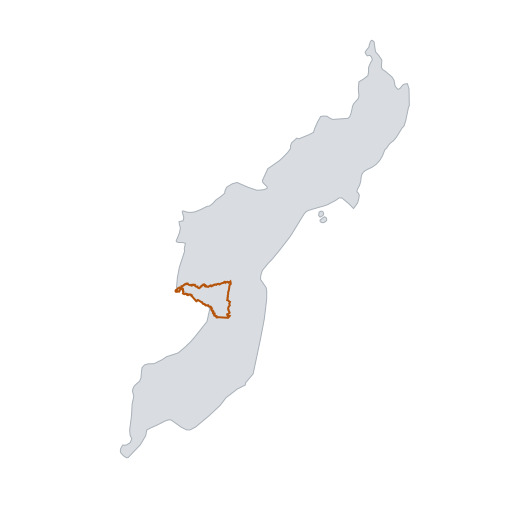 Dedza, Dedza, Malawi (highlighted), rotated 45°
{"feature_id": "42251766B66225457753973", "entity_name": "Dedza", "entity_type": "district", "adm_level": 2, "iso_a3": "MWI", "parent_name": "Malawi", "parent_adm1": "Dedza", "projection": "natural_earth1", "projection_center": [34.006, -14.237], "detail": "fine", "context": "in_parent", "style": "outline", "palette": "amber", "viewbox_px": 512, "rotation_deg": 45, "n_neighbors": 0, "source": "geoboundaries", "source_scale": "gbopen_adm2", "svg_char_len": 8369}
<svg xmlns="http://www.w3.org/2000/svg" viewBox="0 0 512 512"><g transform="rotate(45 256 256)"><path d="M200.0,301.4L197.2,297.0L194.9,298.1L191.7,301.2L190.0,302.1L189.1,302.0L188.6,301.2L187.9,299.2L185.4,293.6L182.6,289.5L179.7,288.0L177.3,286.1L178.4,284.3L179.5,283.0L179.0,281.7L177.7,279.8L172.5,276.9L172.4,275.7L177.0,273.3L179.9,270.4L181.8,267.6L184.3,261.6L186.3,255.5L187.8,253.5L188.3,249.5L188.0,245.0L189.0,239.2L189.5,233.8L187.9,231.7L186.6,228.0L188.2,221.7L190.6,217.4L202.1,212.9L210.1,208.9L211.8,207.1L214.6,203.6L216.1,200.3L215.0,199.2L208.7,199.2L207.1,197.9L202.6,186.0L205.1,172.3L205.3,167.0L205.2,160.4L204.4,155.5L202.4,153.5L201.2,150.9L201.5,143.8L203.4,142.9L207.4,133.5L209.2,128.0L207.0,123.6L204.6,117.3L203.6,113.3L203.0,111.9L204.6,109.5L207.3,107.0L210.4,106.4L213.6,105.3L223.7,93.6L223.8,91.3L222.0,87.4L218.2,81.5L217.4,79.1L216.9,72.0L215.4,69.8L209.8,65.1L205.6,60.0L206.9,54.9L207.6,49.4L205.5,46.3L202.3,43.1L200.4,38.5L199.5,35.0L197.0,33.7L194.7,33.6L193.1,35.8L191.3,35.6L189.1,34.8L188.4,31.8L188.2,28.6L186.7,26.4L185.3,23.4L185.1,21.8L186.0,21.3L187.9,21.0L196.1,27.1L201.0,27.4L206.5,28.5L211.2,33.9L213.7,34.6L216.8,33.9L225.7,33.3L229.3,34.1L233.9,37.3L235.7,37.7L238.5,37.8L239.0,37.0L239.3,35.1L238.8,31.3L239.5,29.3L241.2,27.1L246.1,29.7L258.2,41.4L258.6,42.9L266.3,54.6L268.8,59.6L268.8,62.2L271.2,72.4L271.7,77.1L271.2,80.8L271.3,83.7L272.2,87.8L271.9,89.6L274.6,95.7L275.9,100.8L276.2,105.8L275.4,110.7L273.0,117.8L272.6,120.7L273.1,123.3L274.7,126.1L277.3,129.2L279.3,132.9L280.6,137.2L281.8,139.2L283.2,139.1L285.8,139.8L287.8,142.3L290.3,146.6L291.1,151.4L291.4,153.5L284.5,153.4L275.8,154.2L273.7,156.1L273.0,160.3L270.3,169.1L268.8,172.3L265.5,178.1L261.0,186.4L260.1,189.1L260.2,191.9L262.9,203.2L265.7,215.0L266.6,219.6L268.6,235.4L269.7,246.5L269.8,253.0L270.7,261.7L273.2,266.5L275.8,269.4L285.6,271.2L288.6,273.4L294.1,279.0L306.2,294.4L312.9,304.2L318.7,312.8L329.2,328.9L337.3,341.4L338.3,353.1L339.6,354.8L336.8,363.5L335.0,377.5L336.3,386.9L335.7,402.8L334.2,419.7L332.3,425.7L329.9,428.0L324.2,429.9L311.8,432.0L309.9,433.9L308.3,437.2L305.8,445.0L302.8,452.9L301.8,456.3L302.4,457.1L305.1,461.1L307.7,471.3L308.1,488.9L307.2,490.2L303.5,491.0L299.6,490.8L297.9,489.8L296.5,487.8L295.4,484.0L298.0,481.4L299.0,476.8L297.3,472.9L294.0,472.0L289.7,468.4L280.7,456.7L273.2,448.4L268.8,441.6L264.3,438.9L263.0,437.2L261.9,434.3L261.9,430.2L262.3,427.1L260.9,423.6L256.4,418.3L254.3,415.4L254.2,411.8L256.1,408.4L260.0,404.3L262.9,395.9L264.0,390.4L269.5,379.5L270.3,370.0L270.4,362.4L270.0,356.7L268.6,345.0L267.7,337.0L260.9,326.4L258.7,325.5L252.3,326.4L246.7,327.9L244.0,330.1L239.9,330.2L229.1,332.1L225.7,332.8L223.7,334.8L222.6,335.1L215.8,327.0L209.8,318.2L202.2,303.2L200.0,301.4ZM278.9,185.9L277.1,186.3L275.9,185.3L276.2,182.0L276.8,179.7L278.7,179.3L279.9,179.9L280.8,181.0L280.8,182.7L280.3,184.5L278.9,185.9ZM274.8,180.0L273.8,183.2L271.7,183.1L269.6,180.3L270.3,178.1L272.2,177.4L273.9,178.2L274.8,180.0Z" fill="#d9dde1" stroke="#a8b0b8" stroke-width="1"/><path d="M270.1,306.9L269.7,307.1L269.3,307.0L269.1,307.0L268.6,307.2L267.8,307.1L267.6,307.1L267.1,307.3L266.8,307.5L266.3,306.4L266.2,306.3L265.8,306.2L265.5,305.7L265.3,305.5L265.1,305.3L265.0,305.0L265.1,304.9L265.0,304.6L264.1,304.1L263.5,303.0L262.9,302.2L262.5,301.8L261.9,301.4L261.7,301.1L261.6,300.5L261.4,300.0L261.2,299.9L260.8,299.3L260.7,298.9L260.2,298.4L259.8,297.7L259.7,297.6L258.7,296.5L258.6,296.3L258.5,295.9L257.8,294.9L257.6,294.4L257.9,294.0L257.9,293.8L257.9,293.6L256.6,292.5L255.9,292.1L255.9,292.4L255.7,293.0L255.1,294.0L255.2,294.3L254.6,294.3L254.4,294.5L254.0,294.5L253.6,295.6L253.3,295.7L253.1,295.8L253.2,296.2L253.2,296.5L252.9,296.4L252.6,296.4L252.3,296.2L252.1,296.3L251.9,296.6L251.9,296.8L252.1,296.6L252.3,296.6L252.0,297.8L251.6,298.7L251.3,298.9L251.0,299.7L250.8,299.9L250.7,300.5L250.6,300.8L250.3,302.0L250.2,302.1L249.4,302.0L249.2,302.1L248.9,302.5L248.5,303.1L248.5,303.3L248.3,303.6L248.3,304.4L247.7,304.6L247.4,304.9L247.4,305.1L247.3,305.6L247.0,305.8L246.7,305.8L246.6,306.0L246.6,306.3L246.4,306.8L246.6,306.9L246.6,307.0L246.3,307.3L246.2,307.5L246.3,307.8L246.1,308.1L246.1,308.3L246.0,308.9L245.5,309.0L244.9,308.7L244.7,308.8L244.5,309.3L244.6,309.6L244.5,309.8L244.6,310.1L244.3,310.4L244.0,310.9L244.0,311.2L243.8,311.5L243.9,311.8L243.4,312.0L243.1,312.2L243.0,312.4L242.7,312.6L242.3,312.4L242.2,312.5L242.1,312.8L242.0,313.0L241.8,312.9L241.6,313.1L241.4,312.5L241.2,312.4L240.7,312.4L240.6,312.7L240.5,312.8L240.3,313.1L240.1,313.0L239.9,313.1L239.6,313.2L239.3,313.1L239.2,313.0L238.9,313.5L239.2,314.0L239.0,314.5L238.7,314.7L238.7,314.8L238.7,315.4L238.7,316.0L238.8,316.1L238.7,316.2L238.8,316.3L238.7,316.5L238.6,316.9L238.7,317.1L238.7,317.4L238.8,317.6L238.8,317.8L238.8,318.0L238.5,318.5L238.5,318.9L238.2,318.9L238.0,319.2L237.7,319.3L237.2,319.5L236.9,319.5L236.7,319.5L236.6,319.3L236.3,319.1L236.2,319.4L235.9,319.6L235.6,319.7L235.2,320.0L234.7,320.1L234.3,320.2L234.1,320.2L233.6,319.9L233.5,319.6L233.1,319.6L232.8,320.1L232.6,320.2L232.5,320.4L232.4,320.4L232.4,320.6L232.2,320.8L231.8,320.9L231.5,321.1L231.5,321.3L231.4,321.4L231.3,321.6L231.2,321.8L231.2,322.0L231.3,322.1L231.2,322.4L231.3,322.5L231.1,322.6L230.6,322.2L230.3,322.5L230.2,322.7L230.2,322.8L230.0,323.1L229.9,323.3L229.6,323.4L229.2,323.7L228.6,323.9L228.4,324.0L228.0,324.0L227.5,324.2L227.5,323.9L227.3,323.8L227.2,323.9L227.1,324.1L226.8,324.2L226.7,324.4L226.7,324.5L226.5,325.1L226.3,325.2L226.3,325.7L226.0,325.9L225.9,325.6L225.7,326.0L225.7,326.3L225.8,326.5L225.8,326.9L225.6,327.1L225.6,327.4L225.4,327.7L225.5,327.9L225.6,328.3L225.4,328.9L225.2,329.4L225.2,329.5L224.9,329.7L224.7,330.1L225.4,330.9L225.1,331.3L225.2,331.6L224.5,332.1L224.1,332.5L224.0,333.6L223.6,334.2L223.6,334.4L224.0,335.8L224.0,336.0L223.9,336.4L223.5,336.6L223.4,336.9L223.4,337.0L223.7,337.1L224.1,337.4L224.1,337.7L224.2,337.9L224.3,337.9L224.7,337.9L225.1,337.6L225.3,337.3L225.5,337.1L225.4,336.8L225.5,336.6L225.5,336.4L226.1,336.0L226.3,335.6L226.5,335.6L226.8,335.6L226.8,335.0L226.5,334.6L226.2,333.6L226.1,333.2L226.5,332.3L226.5,331.8L226.4,331.4L226.8,331.1L227.3,330.8L227.6,330.9L227.8,331.0L228.1,331.4L228.5,331.7L228.7,332.1L229.1,332.1L229.4,332.6L229.7,332.9L230.0,332.8L230.7,333.3L230.9,333.7L230.9,334.1L231.1,334.1L231.4,333.9L231.8,333.9L232.4,333.6L233.1,332.5L234.2,331.6L234.4,331.6L235.0,332.2L235.6,331.8L235.4,331.0L235.5,330.8L236.3,330.1L236.6,330.0L236.8,329.9L236.9,329.6L237.0,329.5L237.4,329.7L237.5,329.7L237.8,329.3L238.1,329.1L238.3,329.2L238.4,329.5L238.5,329.7L239.0,329.6L240.0,329.8L244.4,330.1L245.9,330.2L246.0,330.1L245.9,328.5L245.9,328.3L246.0,328.2L247.9,327.7L248.0,327.7L248.7,327.5L250.2,327.2L250.3,327.1L250.6,326.8L251.0,327.0L251.3,327.2L251.6,327.2L252.4,327.3L252.7,327.2L253.0,327.0L253.1,326.9L253.1,326.7L253.4,326.6L253.6,326.4L253.8,326.3L254.3,326.4L254.8,326.7L255.1,326.7L255.4,326.6L255.7,326.3L256.0,325.5L256.5,325.3L257.0,324.7L257.5,325.1L258.4,324.7L259.0,324.7L259.4,324.6L259.6,324.4L259.6,324.2L259.8,324.2L260.0,323.9L260.4,324.0L260.7,324.0L260.9,324.5L261.0,324.6L261.5,324.7L261.8,324.5L261.9,325.1L262.3,325.6L263.1,325.5L263.6,325.8L264.3,325.9L264.4,325.7L264.3,325.4L264.3,325.2L264.6,325.2L264.7,325.4L264.9,325.7L265.1,325.9L265.5,325.8L265.5,326.2L265.7,326.3L265.8,326.7L266.0,326.9L266.5,326.8L267.2,326.9L267.3,326.9L267.3,326.6L267.3,326.2L267.5,326.0L268.3,326.8L268.4,327.0L268.2,327.3L268.5,327.6L269.1,327.2L269.5,327.3L269.9,326.9L270.0,326.7L270.3,326.6L270.3,326.9L270.8,327.1L271.0,327.1L271.3,327.2L271.5,327.3L271.8,327.1L272.0,327.0L272.0,326.9L271.9,326.7L272.1,326.4L277.2,321.9L277.6,321.5L278.8,320.5L279.2,320.0L279.9,319.5L280.0,319.4L280.0,319.2L279.9,318.9L280.0,318.7L279.7,317.7L279.8,317.5L279.8,317.4L279.5,317.4L279.4,317.5L279.4,317.4L279.3,317.5L279.2,317.7L278.9,318.0L278.5,318.0L278.0,318.2L277.7,318.1L277.2,318.0L276.8,317.5L277.0,317.2L277.3,316.8L277.3,316.5L277.4,316.4L277.3,316.2L277.5,315.0L277.4,314.7L277.2,314.5L276.4,314.4L275.5,314.0L275.0,313.9L274.8,313.6L274.6,313.7L274.4,313.6L274.2,313.5L273.4,312.8L273.1,312.2L272.7,311.8L272.6,311.6L272.7,311.3L272.6,311.0L272.5,310.7L272.4,310.1L272.4,309.9L272.4,309.7L272.2,309.7L271.9,309.3L271.6,309.0L271.4,308.9L270.7,308.5L270.6,308.0L270.1,306.9Z" fill="none" stroke="#b45309" stroke-width="2"/></g></svg>